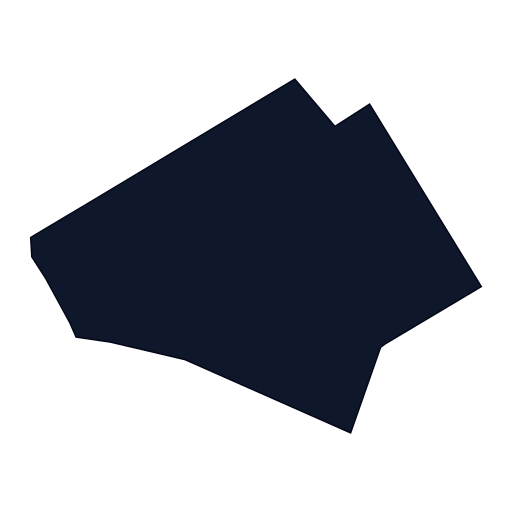 outline of Bell, Texas, United States of America
{"feature_id": "52423323B38294551325831", "entity_name": "Bell", "entity_type": "district", "adm_level": 2, "iso_a3": "USA", "parent_name": "United States of America", "parent_adm1": "Texas", "projection": "orthographic", "projection_center": [-97.615, 31.036], "detail": "fine", "context": "isolated", "style": "filled", "palette": "ink", "viewbox_px": 512, "rotation_deg": 0, "n_neighbors": 0, "source": "geoboundaries", "source_scale": "gbopen_adm2", "svg_char_len": 350}
<svg xmlns="http://www.w3.org/2000/svg" viewBox="0 0 512 512"><path d="M34.3,235.3L30.7,237.5L31.8,256.8L45.6,278.3L69.8,322.7L76.1,337.1L110.4,342.1L184.9,359.6L244.8,386.1L350.6,432.9L380.6,347.3L385.3,343.8L481.3,286.6L369.6,104.1L334.9,126.4L294.8,79.1L89.2,202.6L66.8,215.9L34.3,235.3Z" fill="#0f172a" stroke="#020617" stroke-width="1.5"/></svg>